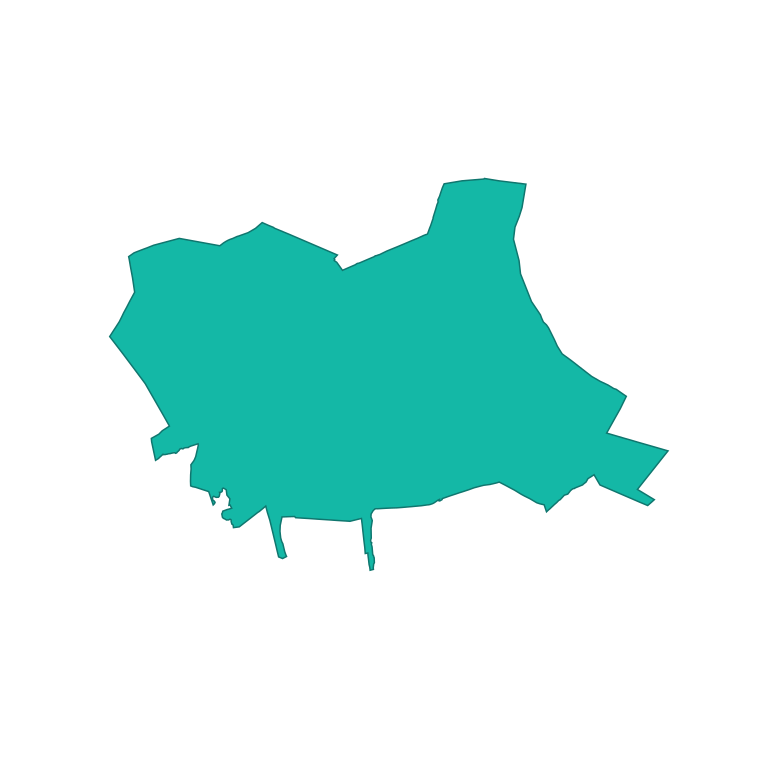 outline of Juchitepec, México, Mexico, rotated 145°
{"feature_id": "50627088B99333817375026", "entity_name": "Juchitepec", "entity_type": "district", "adm_level": 2, "iso_a3": "MEX", "parent_name": "Mexico", "parent_adm1": "México", "projection": "mercator", "projection_center": [-98.89, 19.099], "detail": "fine", "context": "isolated", "style": "filled", "palette": "teal", "viewbox_px": 768, "rotation_deg": 145, "n_neighbors": 0, "source": "geoboundaries", "source_scale": "gbopen_adm2", "svg_char_len": 5091}
<svg xmlns="http://www.w3.org/2000/svg" viewBox="0 0 768 768"><g transform="rotate(145 384 384)"><path d="M562.1,298.5L562.8,298.8L561.5,303.6L558.5,311.1L558.1,313.7L556.9,317.2L553.7,323.0L550.1,327.7L543.8,333.6L538.5,330.2L533.2,326.7L533.1,325.2L528.1,321.2L523.2,317.3L515.8,311.3L510.8,307.3L505.8,303.3L500.9,299.3L495.9,295.3L491.0,291.4L490.7,291.1L482.9,288.1L479.6,286.8L482.8,280.8L486.4,274.3L490.5,266.8L493.7,260.8L496.6,255.9L494.2,254.8L495.4,252.8L497.4,249.0L499.8,244.6L500.8,242.0L502.2,239.4L499.0,238.2L498.3,239.5L497.0,241.0L495.9,242.2L495.7,242.5L494.4,243.1L491.7,247.3L491.7,248.1L491.3,248.6L491.0,249.9L491.2,250.5L487.2,257.4L486.2,260.2L485.1,260.9L485.4,262.0L484.6,263.7L482.8,265.1L477.3,273.3L472.0,278.8L471.8,279.3L471.2,281.4L471.1,282.4L469.1,284.9L465.5,286.5L464.4,286.7L464.1,286.7L463.5,286.7L462.9,286.9L461.3,285.9L461.0,285.6L460.5,285.3L453.2,280.8L452.1,280.1L450.5,279.1L444.5,275.2L442.5,274.0L440.3,272.7L433.2,268.6L432.4,268.1L428.5,265.9L423.3,262.9L418.0,260.2L417.3,259.8L416.8,259.5L415.5,258.9L414.4,258.6L413.5,258.3L412.6,258.1L411.8,258.0L411.0,257.9L410.2,257.9L408.8,257.9L407.2,257.9L406.2,257.9L405.0,257.7L406.0,256.9L405.4,256.2L402.7,256.0L402.0,256.7L394.1,254.5L387.8,252.6L384.7,251.7L381.6,250.7L375.3,248.8L369.7,247.3L363.4,245.0L360.3,243.8L354.6,240.8L353.9,240.6L353.0,240.2L352.8,240.1L348.2,238.3L345.9,237.6L342.8,231.7L338.3,222.8L338.2,222.7L334.9,215.1L333.1,211.5L330.4,206.6L327.0,199.1L324.9,196.3L322.1,193.2L322.4,192.2L324.0,186.8L324.2,186.1L321.4,186.5L319.8,186.6L315.9,187.2L315.6,187.2L313.8,187.5L310.7,187.8L307.6,188.4L306.0,188.2L300.1,189.5L296.6,188.4L292.3,189.7L289.5,189.9L287.7,189.1L287.3,189.3L279.1,187.4L278.5,187.6L274.7,187.8L271.2,189.5L265.3,189.2L264.0,189.2L265.0,177.4L260.7,170.4L255.3,161.6L251.1,154.8L246.1,146.7L242.3,140.5L237.7,133.2L233.0,133.7L228.9,134.2L236.9,152.3L195.2,164.7L189.7,166.3L196.4,174.6L198.4,177.1L204.4,184.5L209.5,190.8L214.6,197.2L218.2,201.6L229.8,216.1L214.5,223.5L204.7,228.2L192.6,234.9L195.1,241.7L196.8,246.4L198.4,248.5L201.1,254.7L205.4,262.2L209.5,271.0L211.6,277.7L214.4,286.8L216.9,295.0L220.8,306.5L220.3,315.7L219.0,322.5L217.0,335.7L217.0,339.3L217.9,343.4L217.1,347.5L216.2,351.0L215.9,366.9L209.0,395.9L202.6,407.6L194.9,428.3L186.8,437.3L177.1,443.7L169.8,449.3L153.1,466.3L173.2,484.4L183.9,494.8L184.6,494.6L203.6,505.7L219.9,513.5L223.7,511.2L227.8,508.2L230.7,506.0L234.3,503.9L235.4,501.9L237.6,500.6L241.3,497.6L248.3,492.2L248.4,491.8L255.2,486.8L255.7,486.5L256.3,486.1L257.1,485.6L262.2,482.0L262.9,482.0L263.4,482.1L264.1,482.4L264.9,482.6L265.5,482.7L266.2,482.9L266.6,483.0L267.9,483.2L270.5,483.7L273.3,484.2L275.8,484.8L276.6,484.9L277.6,485.2L279.5,485.6L281.3,486.0L282.4,486.2L288.0,487.4L294.0,488.7L305.5,491.3L313.7,492.6L314.6,493.0L316.0,493.3L317.7,494.0L317.9,494.0L319.5,494.0L321.1,494.4L335.0,497.3L336.8,498.1L339.4,498.2L346.2,499.6L350.7,500.5L352.6,500.9L352.8,500.9L352.9,510.8L354.0,513.6L353.4,513.9L353.0,514.1L353.0,515.3L348.2,516.4L365.1,543.7L375.8,561.0L384.4,574.5L384.6,575.5L387.7,580.3L391.2,586.1L400.0,585.2L408.5,585.9L418.3,588.6L419.7,589.1L424.5,590.0L427.3,590.8L429.4,591.2L432.1,591.5L434.5,591.6L439.2,591.4L468.2,620.7L493.1,629.8L499.9,631.4L503.3,632.3L510.1,634.0L513.5,634.8L520.1,634.8L520.9,632.9L525.0,624.2L529.0,615.4L532.3,608.8L535.6,602.2L541.6,599.2L544.6,597.7L550.5,594.6L556.5,591.6L559.3,590.0L565.0,586.9L571.6,584.2L574.9,582.9L581.5,580.2L580.5,557.5L579.5,525.5L579.4,521.3L580.5,509.2L581.6,497.0L582.7,484.8L583.9,472.6L592.4,472.9L597.5,472.0L597.8,472.1L605.8,472.9L607.5,469.9L609.8,464.5L612.1,459.1L614.9,452.5L613.3,452.4L612.6,452.4L611.8,452.3L610.4,452.5L609.3,452.7L608.2,452.8L606.0,453.1L605.6,453.1L605.3,453.2L605.2,452.6L604.6,452.3L603.7,451.7L602.7,451.3L601.4,450.7L600.4,450.4L599.3,449.7L597.9,449.2L596.9,448.8L595.8,448.3L594.8,447.7L594.5,446.8L593.4,446.5L592.1,446.9L590.7,447.0L589.8,447.2L588.8,447.8L587.9,447.6L587.0,447.5L586.2,446.4L585.6,446.1L584.9,446.2L584.3,446.2L583.0,445.6L580.7,444.2L579.4,444.3L577.7,443.9L570.6,441.7L571.4,440.2L574.0,437.8L575.5,436.5L579.8,432.6L582.3,431.0L583.8,430.2L588.5,428.6L590.7,425.1L594.5,420.5L598.3,415.3L600.8,411.4L599.7,409.7L597.6,407.5L589.3,396.4L593.3,382.9L591.5,383.2L590.3,383.9L590.2,384.5L590.2,385.5L590.5,386.4L590.7,387.0L590.5,387.8L590.2,388.4L589.8,389.0L589.3,389.5L588.6,389.7L587.9,389.7L586.5,387.4L584.5,386.2L583.3,386.6L581.2,388.5L580.9,389.6L580.1,389.1L579.2,388.8L578.3,388.8L577.6,389.4L576.3,391.1L575.2,390.8L573.9,387.9L576.4,383.1L576.1,378.3L580.6,373.6L579.5,373.2L580.0,369.6L582.3,370.3L584.4,371.1L589.0,372.3L590.1,371.3L591.4,370.6L592.8,367.5L592.6,366.0L592.1,365.3L591.4,363.9L591.1,363.0L590.4,362.6L589.3,361.8L588.0,361.7L587.3,361.1L587.2,360.3L588.1,359.0L589.0,356.5L588.6,355.7L588.6,354.8L589.7,352.7L584.5,350.0L570.4,350.7L561.1,351.2L559.3,351.1L550.9,351.8L553.2,345.7L555.7,337.8L560.5,325.6L564.9,314.4L567.2,308.7L569.5,302.8L567.2,299.2L562.1,298.5Z" fill="#14b8a6" stroke="#0f766e" stroke-width="1.5"/></g></svg>